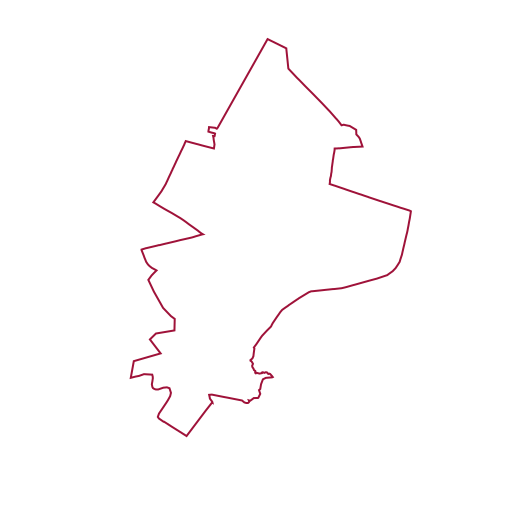 As Sab'in, Amanat Al Asimah, Yemen (Equal Earth projection), rotated 304°
{"feature_id": "15242507B25672196618476", "entity_name": "As Sab'in", "entity_type": "district", "adm_level": 2, "iso_a3": "YEM", "parent_name": "Yemen", "parent_adm1": "Amanat Al Asimah", "projection": "equal_earth", "projection_center": [44.204, 15.306], "detail": "fine", "context": "isolated", "style": "outline", "palette": "rose", "viewbox_px": 512, "rotation_deg": 304, "n_neighbors": 0, "source": "geoboundaries", "source_scale": "gbopen_adm2", "svg_char_len": 6072}
<svg xmlns="http://www.w3.org/2000/svg" viewBox="0 0 512 512"><g transform="rotate(304 256 256)"><path d="M278.0,138.9L273.9,139.5L272.6,139.7L268.0,140.5L267.1,140.6L266.5,140.7L265.6,140.9L262.7,141.1L258.5,141.3L257.7,141.4L257.3,141.4L256.9,141.4L255.8,141.4L253.0,141.3L252.5,141.3L243.1,140.9L243.3,143.2L243.5,148.1L243.6,150.0L243.8,153.5L244.1,157.2L244.2,158.3L244.6,162.9L244.6,163.3L244.9,168.8L245.1,172.0L245.1,175.5L245.1,176.1L245.0,179.2L244.8,182.6L244.7,186.8L244.7,187.4L244.7,187.7L244.6,190.5L244.6,191.4L244.5,194.1L244.4,194.6L244.2,197.7L244.3,199.8L243.9,199.4L239.7,195.9L238.5,194.9L236.7,193.5L235.4,192.4L232.5,189.7L231.9,189.1L230.8,188.1L226.6,184.1L225.9,183.5L223.1,181.0L221.8,179.8L216.7,175.1L216.1,174.5L213.9,172.5L213.7,172.3L211.0,169.9L210.7,169.4L209.1,168.0L201.3,160.8L200.7,160.2L199.9,159.6L198.7,158.6L197.3,157.5L196.9,157.8L194.6,161.2L193.0,163.5L192.5,164.1L191.5,165.6L191.0,166.4L189.8,168.1L188.8,170.5L188.4,171.8L188.3,172.5L188.1,173.4L188.1,173.8L188.0,174.6L188.0,175.3L187.9,176.1L187.9,176.4L188.3,180.1L188.4,181.6L187.4,181.4L184.9,180.9L181.4,180.3L180.9,180.3L176.0,180.1L169.4,191.2L161.0,208.0L158.6,219.1L158.4,223.8L148.7,230.0L148.4,229.7L135.8,216.4L127.5,214.7L121.9,231.4L115.1,225.7L100.5,213.5L85.0,220.3L87.8,222.8L88.6,223.5L90.4,225.3L91.2,226.1L95.4,229.2L99.6,236.3L98.4,237.7L97.0,238.8L94.1,240.2L91.4,241.4L89.5,243.3L88.9,244.4L88.9,245.7L89.2,247.3L90.6,249.5L95.0,252.8L97.3,255.6L98.0,258.2L95.0,262.0L91.8,263.2L87.4,263.6L84.2,263.7L79.8,263.7L71.1,263.7L67.7,264.6L67.0,266.3L66.9,272.1L67.2,272.4L67.4,281.6L67.9,298.5L67.9,299.1L79.2,299.7L99.8,300.8L109.6,301.5L109.8,301.5L109.9,302.1L110.7,301.2L112.0,297.5L112.5,297.1L114.7,294.8L116.4,296.9L118.8,302.6L121.2,308.3L122.6,311.5L125.6,318.6L128.4,325.2L128.1,328.2L128.7,330.2L129.6,331.5L130.7,331.9L131.7,331.7L132.3,330.8L132.5,331.4L132.7,332.1L134.3,332.7L137.0,333.6L138.1,335.2L139.3,336.9L139.7,337.2L144.1,336.6L146.5,333.5L148.1,333.9L152.5,331.9L157.6,330.7L160.5,332.3L161.2,333.2L164.2,337.0L164.5,337.3L165.0,337.6L165.6,335.8L165.6,335.4L165.8,335.0L166.1,333.6L166.0,333.4L165.8,332.6L165.2,332.3L165.1,331.7L165.6,330.3L165.3,329.5L165.2,329.2L164.8,328.9L164.6,328.7L164.0,328.5L163.9,328.4L163.7,328.1L163.5,326.8L163.3,326.5L163.0,326.2L162.7,326.1L162.2,326.4L161.9,326.1L160.5,324.7L160.1,323.6L159.6,322.1L159.3,321.8L158.8,321.6L158.6,321.5L158.6,321.0L158.8,320.6L159.2,320.3L160.1,320.0L160.3,319.6L160.3,318.2L160.5,317.8L161.3,316.8L161.4,316.4L161.7,315.5L162.2,314.8L162.6,314.4L162.8,314.2L164.9,313.8L165.3,313.1L165.4,312.8L165.9,311.8L166.0,311.6L166.1,311.1L166.1,310.3L166.1,310.0L166.6,309.6L167.5,309.9L169.2,310.3L170.7,310.0L171.4,309.9L174.5,308.3L178.4,306.4L178.7,305.8L178.9,305.4L181.2,305.5L182.9,305.6L184.7,305.6L190.8,305.6L191.5,305.6L193.6,305.7L194.0,305.8L194.7,305.9L200.4,306.8L206.0,307.9L207.1,307.7L208.6,307.5L208.8,307.5L209.7,307.4L212.6,307.4L217.3,307.4L220.5,307.5L221.9,307.5L222.9,307.5L225.8,307.8L226.2,307.9L229.7,309.2L232.4,310.3L234.0,310.8L243.2,314.5L243.8,314.8L245.0,315.2L245.4,315.4L249.1,317.1L251.9,318.4L255.6,320.1L256.7,320.9L257.5,321.4L258.6,322.8L264.2,329.5L267.6,333.5L268.0,334.0L271.7,338.4L272.0,338.9L277.0,344.8L277.4,345.2L277.5,345.3L279.9,347.5L281.4,348.8L286.6,353.2L287.6,354.1L288.9,355.2L290.2,356.3L293.5,359.1L298.8,363.6L300.3,364.9L304.9,368.9L305.7,369.5L312.5,374.7L313.5,375.5L315.0,376.0L317.7,377.0L319.8,377.8L322.2,378.2L323.9,378.5L324.4,378.5L325.7,378.5L327.5,378.5L330.7,378.4L331.4,378.4L334.2,377.5L336.0,377.0L337.4,376.6L338.5,376.3L339.3,376.0L339.8,375.8L341.8,375.0L343.4,374.4L344.1,374.1L346.5,373.2L348.4,372.5L350.4,371.7L350.9,371.5L357.5,369.0L359.8,368.2L361.8,367.4L363.8,366.5L366.2,365.5L368.0,364.7L369.5,364.0L372.9,362.6L374.4,361.9L379.7,359.4L379.5,357.8L378.4,354.0L377.7,351.6L376.9,349.1L376.1,346.1L376.0,345.7L374.7,341.3L374.2,339.5L373.1,335.6L371.9,331.4L371.3,329.2L371.0,328.3L370.2,325.4L367.7,316.4L367.7,316.2L366.5,311.9L365.7,308.8L365.1,306.9L363.6,301.3L363.4,300.7L361.5,293.7L361.0,291.7L359.3,285.5L358.4,282.1L358.1,281.2L357.1,277.6L356.9,276.8L357.2,276.7L358.9,275.8L360.2,274.9L362.6,273.9L364.2,273.4L366.5,272.2L367.8,271.7L369.6,270.7L371.0,269.9L371.6,269.5L373.3,268.7L374.9,267.9L377.4,266.7L377.7,266.5L378.5,266.1L379.5,265.7L383.4,263.8L385.4,263.0L387.6,262.0L389.1,261.1L390.6,263.2L391.1,263.8L391.5,264.4L391.9,264.9L392.0,265.1L395.5,269.3L398.9,273.4L399.1,273.6L400.0,274.8L400.4,275.2L401.1,276.2L405.3,281.8L406.3,283.1L407.8,281.1L408.6,280.0L409.5,278.9L409.8,278.5L411.0,276.9L411.3,276.5L411.8,275.4L412.2,274.3L412.9,271.2L416.6,268.5L416.2,260.9L416.0,260.5L415.5,259.4L414.6,257.2L413.9,255.3L412.5,254.1L412.2,253.8L413.2,250.9L413.8,249.1L414.0,248.4L414.1,247.9L414.5,246.6L414.6,246.1L414.7,245.5L416.8,237.6L417.2,236.1L417.5,234.6L419.7,224.8L421.2,217.5L422.0,213.7L423.6,205.5L424.3,201.9L426.2,192.9L426.4,191.7L426.7,190.1L427.6,186.2L429.4,178.2L429.6,177.9L436.2,172.4L444.2,165.7L445.1,165.0L442.3,144.3L340.9,152.5L340.1,152.3L339.6,152.3L339.4,150.8L339.4,150.5L339.4,150.3L339.2,150.0L336.6,145.0L335.5,145.6L335.1,145.8L333.6,146.4L332.5,147.0L333.0,148.7L333.5,150.2L333.6,150.7L333.8,150.9L334.5,153.0L334.6,153.6L334.1,153.8L333.6,154.0L333.3,154.2L332.2,154.6L331.5,153.3L330.1,154.8L329.1,155.6L327.8,156.8L327.4,157.2L327.0,157.6L325.2,159.3L324.9,159.4L324.7,159.5L323.9,159.9L321.6,161.0L319.6,155.4L318.1,151.2L317.7,150.0L317.6,149.8L316.2,145.6L315.4,143.4L315.1,142.5L314.7,141.3L314.6,141.1L313.5,137.9L312.0,133.5L310.4,133.8L310.0,133.8L307.9,134.3L307.7,134.3L307.0,134.4L305.7,134.6L304.5,134.8L303.1,135.0L302.4,135.1L301.3,135.2L300.8,135.3L300.1,135.4L299.2,135.6L298.8,135.6L298.2,135.7L297.9,135.8L295.5,136.1L294.2,136.3L292.3,136.6L292.0,136.6L291.0,136.8L290.8,136.8L289.5,137.0L287.3,137.4L287.0,137.4L286.5,137.5L284.7,137.8L284.2,137.9L283.4,138.0L281.8,138.2L281.3,138.3L281.0,138.4L280.5,138.5L279.6,138.6L278.2,138.8L278.0,138.9Z" fill="none" stroke="#9f1239" stroke-width="2"/></g></svg>